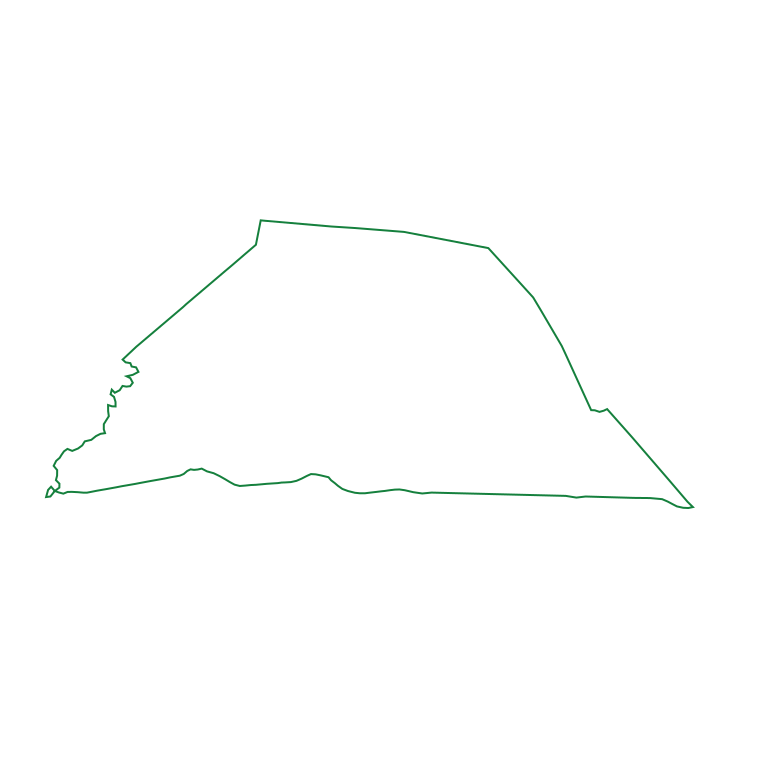 outline of Lajedinho, Bahia, Brazil, rotated 7°
{"feature_id": "56859067B60717499646951", "entity_name": "Lajedinho", "entity_type": "district", "adm_level": 2, "iso_a3": "BRA", "parent_name": "Brazil", "parent_adm1": "Bahia", "projection": "orthographic", "projection_center": [-41.04, -12.382], "detail": "fine", "context": "isolated", "style": "outline", "palette": "green", "viewbox_px": 768, "rotation_deg": 7, "n_neighbors": 0, "source": "geoboundaries", "source_scale": "gbopen_adm2", "svg_char_len": 2177}
<svg xmlns="http://www.w3.org/2000/svg" viewBox="0 0 768 768"><g transform="rotate(7 384 384)"><path d="M343.2,486.0L347.3,488.4L350.6,490.6L355.4,493.2L361.2,494.6L368.4,495.5L373.4,495.4L378.3,494.8L384.3,493.3L389.7,492.0L394.5,490.8L398.0,490.0L403.1,488.6L407.7,487.5L412.2,486.8L417.6,486.9L422.4,487.4L426.1,487.8L430.1,487.9L435.3,488.0L439.9,487.0L444.3,486.0L569.8,473.7L578.0,472.9L588.8,473.3L597.8,471.1L645.8,466.6L661.8,464.8L667.8,464.6L674.1,464.4L679.9,466.1L685.1,468.1L689.7,469.8L696.0,470.4L701.2,470.0L705.6,468.5L699.6,463.9L679.2,445.2L636.8,406.7L608.5,381.7L605.4,383.7L601.3,385.4L596.4,384.4L592.8,384.7L560.3,331.8L555.8,324.6L530.3,291.2L521.5,279.9L471.0,236.4L385.3,230.6L336.7,232.7L312.5,234.1L245.7,236.5L241.7,236.6L239.9,261.4L229.3,273.0L219.4,283.9L212.6,291.2L177.9,328.9L175.2,332.1L133.6,377.2L121.6,391.6L124.9,394.0L129.7,394.2L131.4,397.4L135.9,397.7L138.8,401.9L133.6,405.5L127.6,407.7L131.5,409.1L134.5,413.4L132.3,417.1L128.6,418.0L124.7,417.8L122.4,422.4L117.9,425.5L114.5,422.8L113.9,427.6L117.6,429.7L119.7,434.5L120.3,439.0L116.7,439.3L112.7,438.5L113.5,444.6L114.8,449.5L112.8,453.7L110.8,458.0L111.4,463.1L113.1,466.8L108.7,468.0L104.5,470.8L100.3,475.1L94.0,477.4L92.0,481.7L88.2,485.3L82.7,488.4L77.7,487.0L74.6,489.8L72.6,493.5L71.1,496.8L68.0,500.2L66.1,505.5L70.1,509.3L70.7,514.8L70.1,519.4L74.0,522.5L74.4,526.4L70.3,530.3L74.6,531.3L79.1,531.9L83.1,529.7L87.4,529.1L93.0,528.7L98.6,528.5L102.3,528.1L106.0,526.9L112.1,524.9L116.4,523.6L120.1,522.5L124.9,521.0L130.7,519.2L136.2,517.4L140.9,516.0L149.5,513.4L153.5,512.1L159.2,510.3L164.6,508.6L169.5,507.1L178.0,504.5L182.9,502.8L188.5,501.1L192.5,499.9L196.2,497.7L199.3,494.3L202.4,492.3L205.9,492.4L209.5,491.6L213.4,490.2L219.0,492.3L225.8,493.3L232.2,495.5L238.2,498.0L242.9,500.1L247.9,502.1L253.3,502.8L258.8,501.7L264.2,500.5L269.0,499.7L272.7,498.9L276.4,498.1L280.1,497.3L285.4,496.3L290.7,495.3L294.4,494.3L298.1,493.7L303.5,492.7L308.9,490.8L313.7,488.0L318.7,484.6L322.5,482.3L327.2,482.0L332.3,482.4L340.3,483.3L343.2,486.0ZM70.3,530.3L66.1,526.5L63.5,530.1L62.4,537.4L66.6,536.3L70.3,530.3Z" fill="none" stroke="#15803d" stroke-width="2"/></g></svg>